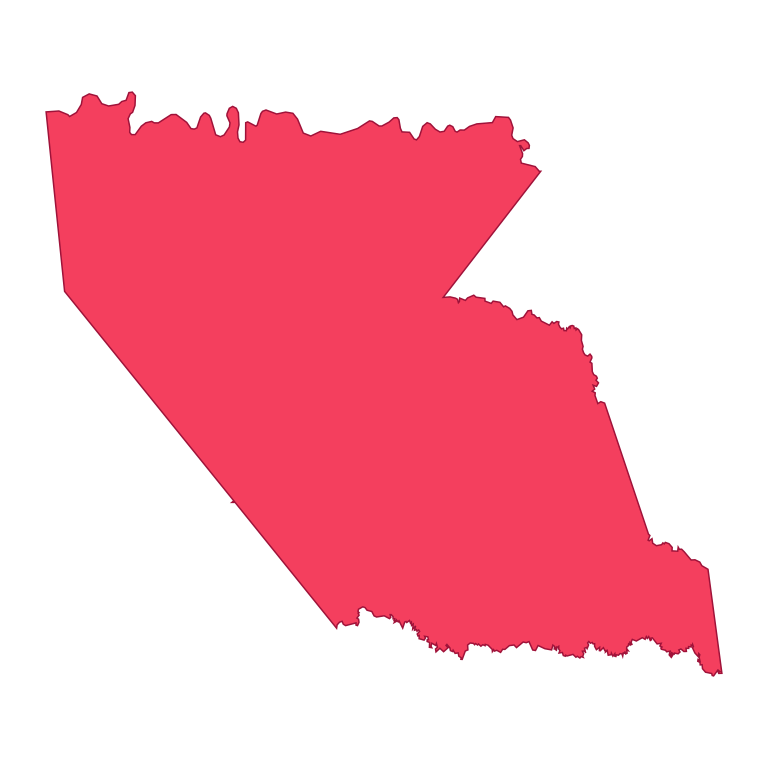 Arauquita, Arauca, Colombia (Equal Earth projection)
{"feature_id": "7082276B94752560507760", "entity_name": "Arauquita", "entity_type": "district", "adm_level": 2, "iso_a3": "COL", "parent_name": "Colombia", "parent_adm1": "Arauca", "projection": "equal_earth", "projection_center": [-71.114, 6.791], "detail": "fine", "context": "isolated", "style": "filled", "palette": "rose", "viewbox_px": 768, "rotation_deg": 0, "n_neighbors": 0, "source": "geoboundaries", "source_scale": "gbopen_adm2", "svg_char_len": 6116}
<svg xmlns="http://www.w3.org/2000/svg" viewBox="0 0 768 768"><path d="M234.2,501.3L336.6,628.2L337.1,624.9L339.5,622.2L342.1,621.3L343.3,624.2L345.6,625.6L356.0,622.9L356.0,625.1L357.5,625.6L359.0,622.3L358.6,619.2L356.9,618.1L359.1,615.2L358.1,613.2L359.1,612.7L358.0,611.4L358.5,609.2L362.8,606.8L365.1,607.6L367.0,610.2L371.8,611.5L374.1,615.9L376.6,617.0L384.2,615.8L389.5,618.6L390.7,617.4L390.1,614.6L391.2,614.6L393.0,616.5L393.1,618.8L394.5,618.7L394.0,620.5L395.3,620.4L394.3,622.5L396.5,621.3L396.5,620.0L398.2,621.9L399.0,620.8L402.7,628.1L404.7,622.1L406.0,621.5L406.8,622.5L409.5,620.5L410.5,623.2L411.4,622.2L411.6,625.4L413.2,624.1L412.7,629.2L415.6,625.9L414.6,630.2L416.5,629.6L417.0,631.2L418.7,630.0L419.6,631.4L417.2,634.0L418.0,636.0L419.2,635.5L419.1,638.7L424.1,640.1L425.4,638.1L424.6,636.3L427.8,636.8L428.5,639.7L427.2,639.8L427.1,641.5L429.6,642.5L429.4,647.3L431.8,647.7L431.0,646.1L431.8,643.2L435.8,645.5L436.4,643.6L437.5,647.2L435.5,649.0L436.0,651.9L439.9,648.3L443.6,651.7L448.0,647.8L446.0,645.4L446.9,644.4L449.9,647.9L450.4,650.6L452.6,651.5L453.1,650.2L455.1,653.4L458.2,652.9L458.8,656.2L461.1,657.7L460.9,659.3L462.2,659.4L465.3,651.0L467.9,649.9L467.6,645.0L470.2,643.0L473.5,643.4L474.6,644.7L475.6,643.6L477.6,645.0L478.5,644.0L480.9,646.2L482.8,644.7L485.1,645.7L485.3,644.4L488.1,645.2L492.2,649.4L492.4,651.5L493.6,649.7L494.4,651.1L496.8,650.3L500.6,652.4L502.6,649.3L504.9,649.4L509.4,645.6L514.0,645.0L516.5,647.6L523.2,642.0L526.2,642.7L529.0,641.6L532.7,650.0L535.5,650.5L538.1,645.5L544.9,648.7L551.6,649.9L552.9,645.1L554.5,646.4L554.3,648.5L555.7,647.6L555.1,649.3L556.4,650.2L557.1,647.4L558.7,646.3L558.7,649.0L559.9,650.6L559.0,653.0L562.4,652.5L563.3,655.5L565.3,656.2L565.8,655.2L566.9,656.0L573.0,654.4L575.9,657.2L577.3,656.3L579.9,658.0L581.1,656.6L583.2,657.3L582.7,656.4L583.7,653.8L582.4,651.2L584.7,651.0L585.7,653.0L584.5,648.2L586.5,647.5L587.1,648.6L588.6,645.0L587.6,642.9L588.8,641.5L590.3,643.2L592.3,642.5L593.1,643.9L594.6,643.7L594.6,646.3L596.4,649.7L599.6,647.3L599.4,650.6L600.2,650.8L603.4,647.7L604.9,650.7L605.7,650.5L605.5,652.0L607.2,650.5L608.2,655.2L611.2,654.7L611.4,653.2L612.9,656.2L614.8,653.7L614.9,656.3L615.9,656.5L616.3,654.8L618.5,655.2L620.0,653.6L621.9,653.9L622.7,656.2L623.3,652.9L624.8,653.3L624.8,651.4L625.7,653.9L627.1,653.2L626.7,650.3L628.2,650.7L626.6,648.5L626.8,646.9L628.3,645.8L628.6,643.9L629.9,644.8L629.9,642.5L630.8,643.2L630.5,644.8L631.9,644.4L631.1,642.1L632.3,639.4L636.3,641.0L642.3,637.7L645.1,639.3L646.3,636.6L647.3,638.4L648.7,636.6L650.3,640.5L651.4,639.8L650.8,638.2L652.4,637.9L657.1,643.9L661.2,643.3L659.9,646.0L662.0,647.0L660.9,648.0L661.3,649.2L665.5,650.3L666.6,651.8L670.1,651.2L669.2,654.9L671.3,657.4L672.7,655.2L670.6,655.6L671.0,653.8L672.2,654.1L671.7,652.7L674.2,654.1L674.5,653.1L678.1,653.8L680.0,652.0L678.8,649.9L680.9,649.0L683.9,651.5L686.4,651.4L686.0,648.3L688.7,648.4L688.6,646.6L691.1,646.9L691.2,645.1L692.2,645.8L692.6,644.4L693.4,646.6L692.5,647.8L694.9,653.0L698.2,656.6L698.7,653.5L699.8,654.7L699.1,657.3L699.9,660.7L698.0,659.5L697.8,661.3L700.0,662.4L700.2,664.9L702.1,664.7L702.5,668.7L705.5,672.2L711.7,673.5L712.2,675.5L713.6,675.9L717.9,670.0L719.8,671.5L718.2,672.0L718.7,673.4L721.9,673.3L708.0,569.3L701.8,565.7L699.8,562.1L695.0,559.8L691.1,560.0L684.3,551.9L681.6,549.2L679.4,549.3L678.2,547.2L677.7,551.2L672.0,550.9L672.2,547.4L669.0,543.7L665.3,542.4L664.2,543.9L662.9,542.9L661.6,544.7L656.4,545.7L652.7,543.2L652.0,538.7L649.2,540.8L648.1,540.2L649.9,535.5L648.5,534.2L604.6,403.1L600.8,401.7L597.8,403.6L595.0,395.6L595.2,392.8L592.2,391.2L594.7,389.1L593.1,385.2L596.5,386.4L598.5,382.9L596.0,380.2L597.3,378.2L596.4,376.2L593.7,374.6L592.3,371.6L591.9,363.3L590.0,362.1L591.9,357.9L591.7,356.3L590.0,354.1L587.7,356.1L585.0,354.9L583.6,352.7L582.4,349.2L583.1,346.4L581.4,340.5L581.7,334.8L578.6,329.6L577.4,328.7L576.1,329.9L575.9,327.9L574.3,328.5L573.8,326.1L572.2,325.5L570.7,325.9L570.1,327.8L569.3,326.6L567.7,328.9L566.7,328.1L566.4,330.7L564.0,330.6L563.5,328.2L561.5,328.8L559.9,327.1L558.5,324.2L558.9,322.0L556.7,321.5L553.9,323.4L552.1,321.8L549.4,325.2L541.3,321.1L539.3,317.6L536.9,317.9L534.2,315.0L531.9,314.3L531.3,310.4L527.9,310.8L523.5,317.2L516.9,319.6L512.9,314.9L512.0,311.3L509.7,308.4L505.4,305.9L503.6,306.8L499.9,302.3L493.1,301.1L491.2,303.4L485.0,301.1L484.9,298.4L476.1,297.2L473.8,295.2L467.6,297.9L465.4,300.4L459.7,298.1L459.4,301.6L458.4,302.7L457.5,299.3L455.6,298.2L450.1,296.9L443.2,297.4L540.7,171.3L539.3,171.3L535.2,166.6L521.3,163.1L520.5,159.3L522.4,156.5L522.6,153.7L519.6,145.6L520.7,145.6L523.9,150.7L526.7,148.5L529.0,148.4L529.4,145.4L528.1,142.8L524.4,139.8L517.4,141.6L513.0,138.6L511.7,135.2L513.1,127.9L510.5,120.1L508.5,117.4L495.7,116.6L492.4,122.6L476.8,123.9L469.5,126.4L464.3,130.1L460.1,130.0L457.0,132.1L455.2,131.3L452.8,126.7L449.8,125.2L447.7,126.1L444.2,131.3L440.0,132.0L435.4,129.3L430.3,123.9L427.1,122.7L422.7,126.4L419.4,136.5L416.5,139.9L414.1,139.0L409.6,132.3L402.0,131.9L400.4,128.3L398.9,119.7L397.2,117.6L393.8,117.9L389.1,122.1L381.9,126.0L379.1,126.0L372.3,121.4L369.5,120.9L357.6,128.5L340.2,134.3L320.7,131.3L310.8,136.0L303.3,133.1L297.5,119.1L292.9,113.3L285.6,112.1L276.7,114.0L266.0,110.0L262.5,111.3L260.9,113.5L257.2,125.2L255.9,126.2L247.7,121.9L245.7,122.7L245.6,140.1L243.2,142.3L239.9,141.7L238.0,138.1L237.5,131.9L239.0,124.9L238.4,112.8L236.3,108.3L232.7,106.4L229.3,108.3L227.0,113.8L226.9,115.8L230.0,122.9L229.4,127.0L224.1,135.0L220.4,136.7L215.7,134.8L210.8,118.3L209.3,115.4L205.5,112.9L203.9,113.2L200.6,117.0L196.9,127.9L194.3,129.1L191.0,128.6L186.7,122.4L176.1,114.5L171.2,114.6L158.3,122.9L154.3,122.9L151.7,121.4L145.8,122.8L141.3,126.2L135.2,134.6L131.5,134.6L129.7,132.4L129.9,127.4L128.1,118.7L130.3,113.9L132.6,112.3L135.0,105.5L135.4,95.7L132.3,92.1L128.9,92.6L126.1,100.3L121.8,101.5L118.7,104.3L108.6,106.0L101.8,103.7L97.0,96.0L89.2,93.9L82.6,97.4L81.3,104.5L76.5,112.5L69.6,116.5L67.9,114.7L58.9,111.0L46.1,111.9L64.6,291.4L233.8,500.8L231.9,502.4L233.9,502.4L234.2,501.3Z" fill="#f43f5e" stroke="#9f1239" stroke-width="1.5"/></svg>